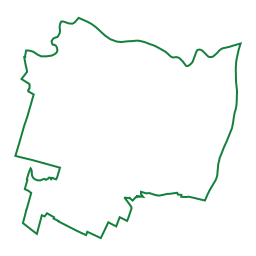 outline of Vadeni, Braila, Romania
{"feature_id": "2599482B78618154614063", "entity_name": "Vadeni", "entity_type": "district", "adm_level": 2, "iso_a3": "ROU", "parent_name": "Romania", "parent_adm1": "Braila", "projection": "orthographic", "projection_center": [27.924, 45.353], "detail": "fine", "context": "isolated", "style": "outline", "palette": "green", "viewbox_px": 256, "rotation_deg": 0, "n_neighbors": 0, "source": "geoboundaries", "source_scale": "gbopen_adm2", "svg_char_len": 4864}
<svg xmlns="http://www.w3.org/2000/svg" viewBox="0 0 256 256"><path d="M100.8,238.1L104.6,230.2L108.3,222.3L116.2,226.4L119.7,217.2L127.1,220.9L128.3,218.0L131.5,208.5L131.4,207.3L131.1,206.5L129.8,204.7L124.8,198.0L125.2,197.6L128.2,198.1L129.0,198.1L129.3,197.8L130.0,198.3L132.6,200.6L132.8,200.5L135.8,197.1L137.0,197.1L137.0,196.0L139.7,196.3L139.6,196.8L140.5,196.6L142.4,196.7L143.1,196.8L141.7,195.1L141.1,194.1L141.0,193.4L141.0,191.8L146.2,193.3L149.4,193.1L154.7,194.8L157.3,195.4L159.1,195.6L163.4,194.8L167.2,193.9L169.1,193.9L177.2,192.8L177.9,194.5L181.4,194.9L181.2,196.8L185.8,197.0L186.4,197.0L188.6,196.7L193.2,197.7L199.4,199.2L204.9,200.5L206.5,197.0L206.7,196.4L207.0,195.8L207.5,194.5L208.3,193.0L209.4,190.7L210.4,189.0L211.1,187.7L212.3,185.7L214.5,182.0L215.5,180.4L216.4,178.3L217.3,175.1L217.5,172.3L217.7,170.0L218.3,163.8L219.2,160.5L219.4,159.2L219.7,158.0L219.9,157.5L221.4,153.8L221.7,153.1L223.8,147.6L226.1,142.6L227.3,139.8L232.0,128.1L232.3,126.5L232.6,125.0L233.3,121.4L233.5,119.6L233.7,118.2L233.9,116.7L234.0,116.1L234.7,112.5L235.1,111.2L235.6,109.8L236.3,106.2L236.5,104.2L236.7,102.3L236.7,102.2L236.7,101.5L236.8,98.9L236.8,98.2L236.8,97.2L237.0,92.5L237.0,90.7L236.2,83.3L236.0,80.9L235.9,75.4L235.9,74.0L235.8,72.5L235.8,68.8L235.8,67.2L236.1,64.4L236.1,62.5L236.3,61.2L236.8,58.2L237.3,56.1L237.5,54.9L237.8,53.7L238.1,52.5L238.6,49.8L239.0,48.7L239.6,46.8L239.6,46.6L239.9,45.7L240.2,45.0L240.3,44.5L240.6,43.5L240.1,43.6L239.4,43.9L237.9,44.3L237.5,44.4L237.1,44.5L233.3,45.6L232.3,45.9L228.8,47.0L227.6,47.2L224.8,47.9L222.6,48.3L220.7,49.4L219.6,50.2L216.7,53.4L213.6,56.1L212.3,56.9L210.4,57.1L208.6,56.8L207.3,55.6L203.9,52.2L202.1,50.5L201.8,50.3L201.0,50.0L200.3,49.7L199.7,49.6L199.3,49.6L198.6,49.7L198.0,49.8L197.3,50.2L196.4,51.6L194.1,57.9L193.4,59.7L192.7,61.8L191.1,63.6L189.2,65.3L187.5,66.1L186.2,65.9L184.5,63.8L182.5,61.1L179.4,58.1L177.6,57.3L176.1,57.1L173.0,57.5L171.6,57.0L170.0,55.9L168.0,53.9L165.3,51.6L164.9,51.4L163.6,50.7L162.8,50.2L162.4,50.0L161.6,49.5L161.3,49.4L161.0,49.2L160.3,48.8L159.6,48.4L159.1,48.1L158.3,47.7L157.7,47.4L157.2,47.1L156.7,46.8L156.2,46.6L155.9,46.4L155.7,46.3L155.5,46.2L155.4,46.1L155.2,46.1L154.6,45.8L154.1,45.6L153.6,45.4L152.9,45.1L152.3,44.9L151.8,44.7L151.4,44.6L151.0,44.5L150.4,44.3L150.0,44.1L149.5,43.9L149.1,43.8L148.6,43.7L148.4,43.6L147.8,43.4L147.3,43.1L146.8,42.9L146.3,42.7L145.7,42.5L145.1,42.3L144.6,42.1L144.1,42.0L143.5,41.8L143.1,41.7L142.6,41.6L142.1,41.4L141.5,41.3L141.0,41.2L140.5,41.1L140.1,41.0L139.8,41.0L139.1,40.8L138.6,40.7L138.3,40.7L138.0,40.7L137.3,40.7L136.9,40.7L136.5,40.7L136.1,40.7L135.8,40.7L134.9,40.8L134.1,40.9L133.8,40.9L133.0,41.0L132.3,41.1L129.5,41.2L128.1,41.3L127.7,41.3L121.2,42.0L120.8,42.0L116.4,41.5L110.3,39.2L105.2,35.7L95.9,27.2L91.7,24.1L88.0,22.0L85.1,20.7L78.6,17.9L74.6,22.5L72.4,23.7L68.7,23.4L63.3,21.5L61.3,21.5L60.6,22.8L60.2,23.5L60.2,23.8L59.6,26.5L59.9,29.7L60.0,31.0L59.7,33.2L58.3,35.8L57.4,37.0L55.4,37.5L53.3,38.6L52.0,40.4L51.6,41.1L51.9,43.0L52.7,44.7L54.5,44.8L56.0,45.9L56.9,47.5L57.4,49.9L56.9,52.1L55.2,53.9L51.7,55.6L50.2,55.8L46.6,56.3L41.2,56.3L37.7,54.7L33.4,51.8L30.6,50.9L29.5,50.7L28.5,50.5L26.9,50.5L26.1,50.5L25.7,52.9L25.2,55.2L25.2,57.0L24.2,57.1L24.6,59.3L24.7,59.9L25.0,61.4L25.0,61.5L25.4,63.8L25.9,66.0L26.0,66.1L27.1,71.6L27.1,71.8L25.5,73.9L24.6,75.1L22.5,77.6L22.0,78.3L21.5,79.0L29.5,84.1L29.5,84.4L29.4,84.6L29.4,84.9L29.6,85.5L29.7,85.9L29.5,86.9L29.6,87.8L29.6,88.1L29.5,88.3L29.3,88.5L29.2,88.7L29.0,88.8L29.0,89.0L28.9,89.6L28.8,89.8L28.6,90.1L28.4,90.4L28.2,90.4L28.3,91.4L30.9,92.9L32.5,93.7L33.7,94.5L32.8,97.5L30.6,105.3L29.8,107.9L27.4,116.4L25.6,121.7L24.4,125.1L24.1,126.2L23.8,127.1L22.2,132.8L20.9,137.3L18.5,145.6L18.1,146.8L16.3,152.9L15.4,155.9L19.6,157.0L32.6,160.1L33.2,160.3L60.0,167.7L57.5,176.1L56.9,177.8L56.1,179.3L55.2,179.1L54.7,178.9L54.4,178.7L54.1,178.6L53.8,178.4L53.2,178.2L52.5,177.9L51.6,178.0L51.3,179.3L50.9,179.2L50.8,177.8L50.4,177.7L48.8,177.7L47.7,179.0L46.9,179.2L46.1,179.8L45.6,179.8L44.6,178.9L44.0,179.0L42.4,179.5L41.1,180.1L40.1,180.4L38.7,180.3L37.5,180.3L36.6,180.0L35.1,179.3L34.6,179.1L33.6,178.2L33.1,177.7L32.4,176.4L31.9,174.8L32.0,173.8L31.6,172.5L31.7,171.9L31.8,171.7L31.8,171.1L31.6,170.8L31.5,170.3L31.3,169.9L31.3,169.6L31.1,169.1L30.8,168.5L30.6,168.3L29.3,171.3L29.1,171.9L27.8,175.9L27.3,177.7L27.1,178.3L27.0,178.6L26.8,179.4L26.8,179.6L27.0,179.7L27.4,180.0L24.8,189.1L28.3,190.7L28.8,191.2L31.2,192.9L30.6,195.1L27.4,206.6L27.0,208.1L26.4,209.6L26.5,209.6L25.4,213.4L25.4,213.9L22.9,223.1L29.5,228.2L33.2,231.1L36.9,233.9L37.4,232.1L38.3,228.5L39.3,224.8L39.7,223.3L41.8,215.3L44.6,216.4L47.0,213.3L54.1,217.3L53.6,218.6L58.4,220.9L58.2,221.3L73.5,229.1L75.4,230.1L76.4,230.6L86.0,235.1L86.5,234.0L87.3,231.8L97.0,236.3L99.9,237.7L100.8,238.1Z" fill="none" stroke="#15803d" stroke-width="2"/></svg>